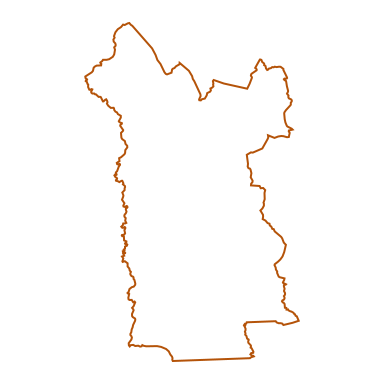 Morrumbala, Zambezia, Mozambique
{"feature_id": "85939544B61462515035200", "entity_name": "Morrumbala", "entity_type": "district", "adm_level": 2, "iso_a3": "MOZ", "parent_name": "Mozambique", "parent_adm1": "Zambezia", "projection": "orthographic", "projection_center": [35.601, -17.005], "detail": "fine", "context": "isolated", "style": "outline", "palette": "amber", "viewbox_px": 384, "rotation_deg": 0, "n_neighbors": 0, "source": "geoboundaries", "source_scale": "gbopen_adm2", "svg_char_len": 5960}
<svg xmlns="http://www.w3.org/2000/svg" viewBox="0 0 384 384"><path d="M291.8,100.4L291.3,99.5L288.8,98.3L288.3,97.0L288.5,95.5L287.0,93.7L288.0,91.7L288.1,90.9L286.9,86.2L286.2,81.8L286.0,81.0L284.4,80.0L283.9,79.2L284.5,78.6L286.6,78.6L287.1,78.0L287.0,77.4L283.4,70.0L283.4,68.9L280.6,66.8L279.0,66.7L276.6,67.1L274.7,66.7L273.7,67.3L272.2,67.1L271.0,68.1L268.7,68.7L268.0,69.7L267.2,70.0L266.0,68.4L265.5,66.0L264.1,65.1L264.3,64.5L264.1,63.5L262.2,62.0L261.4,59.9L260.5,59.5L259.9,59.5L255.2,67.9L256.2,68.6L256.7,69.7L256.6,70.3L251.5,73.8L251.1,74.6L250.9,75.7L251.9,77.2L251.9,77.8L249.6,83.8L247.2,88.7L223.8,83.5L213.7,80.0L212.9,81.1L213.4,83.7L213.1,84.4L213.4,86.4L212.2,87.6L210.4,88.5L210.9,90.3L210.2,91.6L207.2,93.1L206.7,95.4L204.8,98.6L202.0,99.2L200.8,100.4L199.3,100.2L199.1,99.4L200.6,96.1L200.4,94.3L194.3,81.2L192.8,78.9L192.1,76.1L188.9,70.8L179.6,62.9L179.5,64.3L176.0,66.3L174.5,68.0L172.7,68.8L172.1,69.5L171.5,72.7L167.0,74.4L165.8,73.9L164.5,72.3L160.5,64.0L157.4,60.0L155.6,55.0L152.1,48.4L132.3,25.8L130.8,24.8L129.3,23.0L127.7,23.4L124.7,25.0L123.1,24.6L121.0,27.1L117.8,29.2L115.4,32.3L114.0,36.2L114.6,37.7L113.4,39.5L113.7,41.6L115.3,43.4L115.7,45.0L115.5,45.9L114.2,47.3L115.0,49.7L114.2,54.4L112.8,56.8L109.2,59.2L106.6,59.8L103.0,59.8L102.2,61.1L100.3,62.5L100.7,63.5L101.3,63.9L101.1,65.4L96.6,65.6L94.6,66.7L93.6,67.9L93.0,70.8L91.8,72.3L85.3,76.5L85.5,78.0L87.1,79.4L86.9,80.0L85.9,80.4L85.7,81.1L87.0,82.1L87.4,83.8L88.2,84.5L88.1,87.0L89.3,89.7L89.9,89.8L91.6,89.1L92.3,89.4L91.1,91.9L91.6,93.0L92.3,93.5L94.3,93.5L95.0,94.3L96.0,94.4L98.6,96.9L100.1,96.8L100.8,97.1L102.9,101.4L103.5,101.4L105.3,99.7L106.2,99.3L107.1,100.8L107.5,102.2L106.9,103.6L108.2,105.7L110.8,107.9L113.6,107.8L114.0,108.4L114.3,110.1L115.5,111.7L117.0,112.4L117.9,114.1L120.8,115.8L120.8,117.6L118.8,121.2L119.4,122.1L121.9,123.2L121.8,123.8L120.5,124.7L120.2,125.8L123.2,130.1L122.9,131.0L121.0,132.9L121.4,137.7L122.2,139.1L124.9,141.1L125.5,143.9L127.2,145.8L127.3,147.4L125.3,150.1L125.1,152.9L124.5,154.2L121.1,157.2L119.1,158.2L119.5,161.1L116.8,162.9L117.2,164.2L117.9,164.4L119.6,163.9L120.0,164.3L120.0,164.9L118.8,166.5L117.1,171.2L115.9,172.4L115.8,173.1L116.6,174.3L116.5,174.8L115.8,175.1L115.1,174.6L114.4,175.4L115.5,177.2L116.7,177.8L117.1,178.6L116.9,179.2L115.9,180.2L116.0,180.7L118.3,181.4L119.3,182.1L121.5,180.8L122.3,180.8L123.4,183.3L122.9,184.3L124.9,186.0L125.1,187.0L124.6,188.3L124.6,190.1L122.3,192.5L123.4,195.4L123.2,196.7L122.0,199.7L124.4,203.2L123.3,205.7L123.5,206.5L124.6,206.9L126.7,206.0L127.2,206.3L127.5,207.1L127.2,207.7L125.9,208.5L125.8,209.4L126.5,211.7L125.7,213.5L124.7,214.5L124.3,215.9L124.6,216.9L125.7,218.1L125.2,220.7L126.3,222.9L125.3,223.4L123.2,223.5L122.8,225.3L121.3,226.7L122.3,227.8L123.2,227.8L124.7,227.0L125.3,227.6L125.3,228.4L124.4,230.1L125.1,233.3L124.3,234.5L121.9,235.1L121.8,235.6L122.3,236.2L123.4,236.1L123.9,236.6L124.1,240.4L126.4,241.4L126.4,242.1L125.0,243.4L125.1,243.8L125.4,244.1L126.8,244.1L127.3,244.6L126.9,245.7L125.0,246.6L125.0,248.7L123.8,249.5L124.4,250.5L122.8,251.2L123.0,252.0L124.9,252.5L125.2,252.9L125.1,253.2L123.2,253.6L124.2,255.7L122.0,256.5L123.3,258.4L122.4,261.4L122.7,261.9L124.8,261.2L127.6,263.3L127.6,266.5L129.3,268.5L129.7,270.5L130.9,271.9L130.3,273.4L130.4,274.5L131.5,276.1L132.9,276.6L133.5,277.3L133.6,279.0L134.4,279.9L135.3,283.5L135.2,284.8L133.8,286.6L131.8,287.2L129.5,289.0L128.6,291.9L127.5,293.0L127.7,293.4L128.8,293.4L129.2,293.9L128.3,297.8L128.6,299.4L129.7,300.0L131.7,299.9L133.2,302.3L133.6,302.4L134.6,301.6L135.2,302.3L133.6,306.2L132.1,307.9L133.4,309.5L133.6,310.3L132.0,314.0L132.1,316.1L132.8,317.1L135.0,318.5L135.3,319.2L135.1,320.8L133.1,325.0L132.6,327.4L131.7,329.4L131.3,332.2L130.4,333.9L130.4,335.0L131.4,336.2L131.9,337.6L131.4,339.5L128.7,343.2L128.9,345.4L129.7,346.4L130.6,345.2L133.2,344.9L135.2,346.0L138.3,345.7L140.1,346.6L141.6,346.3L142.3,345.1L143.7,345.8L146.2,346.3L157.0,346.1L161.1,346.9L166.1,349.0L168.8,351.4L170.3,354.5L172.0,356.6L172.5,358.1L172.3,359.8L172.8,361.0L249.9,358.2L251.2,357.2L253.8,356.4L253.3,355.8L251.9,355.5L250.4,354.4L251.2,353.1L253.2,352.8L253.4,351.7L251.6,348.2L250.6,347.6L251.0,346.1L250.8,345.4L248.3,342.7L248.2,341.1L248.7,340.0L248.6,339.5L247.1,338.6L246.4,335.9L245.2,334.7L245.5,333.3L244.9,331.7L245.5,330.3L245.6,328.8L244.8,326.9L244.9,326.3L244.2,325.9L243.9,325.3L244.8,324.0L245.5,324.5L245.7,323.7L246.3,323.4L246.7,322.3L275.7,321.2L276.6,322.4L278.6,323.2L280.7,323.2L282.3,323.6L283.4,325.0L292.6,322.8L298.7,320.8L296.8,316.3L295.6,315.8L295.0,314.3L294.4,314.2L293.5,312.8L291.5,311.6L290.3,311.3L288.4,310.3L288.0,309.4L286.5,309.6L286.3,307.9L284.9,307.7L284.6,304.0L283.6,302.7L282.7,302.4L282.0,301.3L282.3,300.5L283.9,299.6L284.5,298.6L284.5,297.4L283.9,296.1L284.8,295.0L285.1,294.0L285.0,293.0L284.0,291.0L284.6,288.8L283.9,286.4L283.9,285.2L284.5,284.6L285.6,284.7L286.0,284.3L283.1,282.9L282.9,282.4L284.2,279.9L284.5,278.4L279.6,277.2L278.7,276.6L277.1,272.9L277.2,271.5L275.9,269.5L275.7,267.6L274.5,265.1L274.8,264.2L278.0,261.7L280.3,259.5L282.5,256.5L284.2,252.1L285.9,244.8L283.8,242.6L282.2,238.4L281.2,236.9L274.7,231.4L273.7,229.1L272.3,228.9L271.3,226.6L269.8,225.5L269.5,223.7L267.6,223.1L265.5,220.6L262.7,219.1L263.1,216.7L263.0,214.8L260.4,210.5L262.4,208.5L263.9,205.7L263.9,203.6L263.5,202.7L264.7,199.2L264.5,192.9L265.2,190.1L263.2,188.0L260.7,188.2L259.6,186.0L251.0,185.4L251.1,183.8L252.5,182.0L252.6,180.7L250.7,177.3L251.4,173.2L250.5,169.5L249.9,168.6L248.5,168.2L247.7,166.6L248.0,163.8L246.8,154.8L250.9,152.4L252.8,152.6L262.3,148.5L267.6,139.1L268.3,137.3L268.0,135.3L274.5,137.9L278.2,136.5L281.3,136.0L283.5,136.2L287.0,137.2L288.8,137.0L289.7,132.9L288.8,131.5L288.9,130.5L292.6,129.6L291.7,128.7L287.4,126.5L286.8,125.8L285.4,122.4L284.7,119.1L284.2,113.5L284.4,112.4L285.9,110.2L290.4,105.3L290.8,104.7L290.8,102.7L291.7,101.5L291.8,100.4Z" fill="none" stroke="#b45309" stroke-width="2"/></svg>